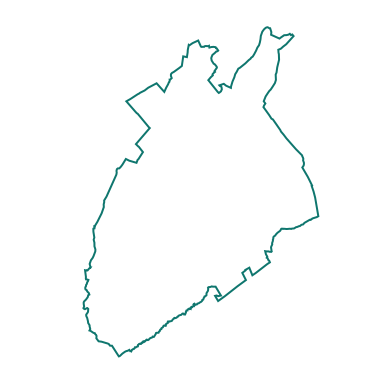 Durnesti, Botosani, Romania, rotated 80°
{"feature_id": "2599482B19127823613231", "entity_name": "Durnesti", "entity_type": "district", "adm_level": 2, "iso_a3": "ROU", "parent_name": "Romania", "parent_adm1": "Botosani", "projection": "robinson", "projection_center": [27.119, 47.758], "detail": "fine", "context": "isolated", "style": "outline", "palette": "teal", "viewbox_px": 384, "rotation_deg": 80, "n_neighbors": 0, "source": "geoboundaries", "source_scale": "gbopen_adm2", "svg_char_len": 5924}
<svg xmlns="http://www.w3.org/2000/svg" viewBox="0 0 384 384"><g transform="rotate(80 192 192)"><path d="M319.5,311.6L322.8,309.9L323.7,307.1L326.6,301.3L327.2,300.4L329.1,299.4L329.5,297.5L341.2,292.6L341.1,291.9L340.7,291.1L339.1,288.7L337.7,285.8L337.3,284.4L337.2,282.9L336.6,281.1L338.0,280.5L338.0,279.9L338.4,279.5L337.0,278.5L336.9,278.0L336.7,277.8L336.4,277.0L336.4,276.3L335.8,275.8L335.5,275.1L335.1,275.0L335.3,274.4L334.9,273.6L334.9,273.2L334.6,272.6L334.6,272.1L333.3,271.8L333.0,271.1L332.5,270.6L332.3,269.3L332.7,269.1L332.8,268.7L331.9,267.8L332.1,267.4L331.9,267.0L331.2,266.7L331.5,265.6L331.1,264.5L330.9,264.2L330.6,264.5L330.6,263.9L329.5,262.4L329.6,262.0L330.0,261.8L330.2,261.1L330.0,260.4L328.8,258.8L328.5,258.0L328.5,257.0L328.1,256.2L327.6,255.9L328.1,254.8L327.9,254.5L325.6,252.4L324.7,252.0L324.5,251.3L324.8,249.4L323.7,248.7L323.5,248.0L322.3,247.4L322.0,247.0L321.7,246.0L321.0,245.9L320.6,245.3L320.4,244.6L320.1,244.1L319.2,243.6L318.7,243.0L318.7,242.6L319.2,241.5L319.1,241.0L318.3,241.1L318.0,240.9L317.9,240.6L317.4,240.3L316.8,238.6L315.8,238.5L315.3,238.0L315.8,237.2L315.5,236.7L315.6,235.4L315.4,234.2L314.1,233.0L313.7,232.0L313.0,231.4L312.9,231.2L313.3,230.5L313.2,229.5L312.9,228.7L312.3,228.0L312.3,227.5L311.5,226.7L311.2,225.2L311.1,223.9L310.1,222.5L310.3,221.5L311.3,221.0L311.1,220.3L311.3,220.0L309.6,218.9L309.2,219.0L307.8,218.1L307.9,217.0L307.0,216.7L306.4,215.2L306.9,214.7L306.7,214.2L306.9,213.8L306.3,213.8L306.2,213.3L305.6,213.3L305.0,212.4L305.0,212.2L305.5,212.0L305.5,211.8L305.1,211.5L304.5,210.4L304.8,209.8L304.7,209.7L303.9,209.6L303.1,210.1L302.6,209.7L302.4,209.0L302.6,208.9L303.6,209.1L303.9,209.1L303.9,208.9L303.6,208.0L303.5,206.6L302.9,206.1L302.7,204.5L302.2,203.6L301.7,202.0L300.9,200.9L300.1,200.6L299.9,199.6L298.5,198.9L297.7,198.0L297.1,197.9L296.7,196.5L296.2,195.7L294.2,195.3L292.0,193.4L290.1,192.8L289.1,192.9L288.6,192.3L288.7,190.3L288.4,188.9L288.9,187.8L289.3,185.2L299.0,181.5L299.1,184.2L298.2,185.8L298.3,187.3L303.9,185.2L300.4,177.9L292.7,163.5L288.1,154.2L280.4,156.5L278.5,152.9L278.0,153.0L276.5,148.7L284.5,147.0L282.9,143.4L276.1,130.5L274.8,127.5L273.0,127.9L272.6,128.5L270.2,129.1L269.7,129.8L268.7,129.1L266.2,130.0L263.0,130.2L263.5,128.7L263.7,127.2L264.4,125.8L264.7,124.1L265.2,123.6L264.5,123.9L260.4,123.8L259.6,123.5L257.6,122.1L256.3,122.0L254.1,120.8L252.9,120.6L252.2,120.1L250.6,119.7L249.9,118.9L249.3,117.5L248.5,116.9L247.0,114.9L245.5,111.9L243.8,110.5L243.7,110.0L243.9,109.1L244.2,108.8L244.1,108.1L244.9,105.2L245.2,101.8L245.6,100.7L245.4,100.1L245.6,97.8L244.7,95.6L244.7,94.5L244.2,92.4L244.3,91.7L243.3,89.9L243.2,88.1L242.2,87.0L241.8,86.3L239.8,80.8L240.1,80.0L239.7,79.7L239.4,78.6L239.0,78.1L238.6,75.2L238.4,73.5L237.8,71.8L218.9,71.7L212.6,72.2L206.7,73.1L206.5,72.6L197.3,75.3L187.0,79.1L185.4,77.5L183.9,76.9L182.6,76.7L180.1,77.1L178.7,76.6L177.1,76.8L176.2,77.2L175.1,77.2L167.9,82.2L155.6,89.7L151.3,91.9L147.9,93.9L146.3,94.3L134.6,99.7L133.6,101.0L129.5,102.7L120.8,106.9L119.2,105.9L117.6,104.4L115.1,105.6L110.7,102.9L107.5,99.9L105.9,98.3L104.8,96.7L102.3,94.3L99.1,91.4L96.2,89.9L90.9,89.2L89.0,88.0L84.0,86.4L76.9,83.3L71.2,82.5L70.0,82.6L66.9,82.3L66.3,79.6L64.6,76.9L62.9,73.6L61.8,72.2L56.1,64.9L54.3,65.9L54.7,67.3L53.2,68.2L53.8,69.7L53.9,71.8L53.6,74.0L55.3,77.7L56.1,79.2L50.9,86.8L48.3,86.1L44.4,86.6L44.4,87.1L43.1,88.6L42.8,89.3L43.1,90.9L44.3,92.8L46.3,94.9L50.2,97.1L53.4,98.0L56.5,99.2L59.1,100.5L61.1,102.5L64.0,104.4L67.2,106.9L69.2,108.7L70.0,110.4L70.9,111.2L72.0,113.3L74.6,117.1L78.0,123.3L78.6,125.0L81.4,127.1L83.5,129.0L86.4,130.4L90.2,132.9L94.8,135.2L96.2,135.6L93.2,140.0L91.0,141.9L91.7,146.5L92.4,146.1L93.2,145.0L93.9,144.7L96.1,144.8L97.9,146.0L98.7,147.4L99.1,148.4L97.9,149.3L84.7,156.5L82.2,153.5L80.8,151.3L80.2,151.5L79.5,151.2L78.2,149.5L77.7,148.5L76.9,148.9L74.0,146.0L73.4,145.8L72.1,146.3L70.2,147.4L69.4,148.4L66.0,149.8L63.5,149.8L62.7,149.4L60.6,148.1L59.0,145.3L57.9,143.8L57.9,143.1L57.6,142.1L57.6,141.7L58.0,141.3L54.7,142.8L54.5,143.4L53.5,143.6L52.8,145.6L52.6,147.7L52.8,149.8L51.0,149.9L51.2,150.4L50.6,153.6L50.7,154.4L51.1,154.8L50.7,157.6L50.2,158.0L43.9,159.6L45.5,165.6L47.2,169.3L46.7,169.7L51.4,171.5L53.9,172.1L58.3,173.6L56.9,177.1L66.1,180.1L67.6,182.9L70.7,189.3L71.1,190.7L71.9,191.9L72.8,192.4L74.1,192.6L76.3,192.2L77.6,194.1L77.5,194.5L78.4,194.6L79.8,195.3L79.9,195.7L81.7,196.8L84.8,199.3L88.6,201.9L78.8,208.0L81.7,217.0L83.8,221.0L85.3,226.0L85.9,227.1L86.3,228.5L89.8,236.7L91.3,240.9L103.1,233.8L104.8,232.7L105.5,231.9L120.8,223.2L121.7,222.5L135.1,238.9L137.7,237.1L138.3,236.5L144.2,233.4L150.4,239.1L150.8,239.9L153.6,241.6L150.3,248.3L148.0,251.4L152.9,255.7L154.7,257.6L156.1,259.5L155.9,261.0L156.5,262.0L158.1,262.7L159.9,262.8L161.8,263.5L181.7,277.0L185.1,280.0L186.7,280.2L188.8,281.1L191.6,281.5L197.3,284.7L205.0,290.4L208.3,293.3L208.8,293.5L208.2,294.1L207.8,294.3L209.5,294.1L210.4,294.6L210.9,294.5L211.0,295.5L211.3,295.6L214.1,296.0L219.9,296.1L221.9,297.1L224.9,296.9L228.6,297.5L231.7,297.1L233.1,297.4L233.8,297.6L238.2,300.2L239.7,301.3L241.7,303.4L245.1,305.3L247.2,305.1L247.9,305.1L248.6,305.5L248.7,305.0L248.8,305.1L249.2,305.4L249.2,306.0L249.5,306.6L251.1,308.5L250.7,309.4L251.0,309.7L250.5,310.9L257.1,311.2L259.0,311.6L259.7,311.5L260.1,310.1L260.6,309.3L262.0,310.1L262.7,310.9L264.2,311.5L265.1,312.4L266.4,312.8L267.3,313.6L268.8,313.9L269.6,313.7L270.3,312.8L271.8,312.4L273.5,311.2L275.2,310.9L275.6,312.1L277.7,313.1L278.5,314.1L279.3,314.8L281.0,317.2L281.8,317.8L283.4,318.1L285.6,318.1L286.3,318.2L287.5,319.1L288.2,318.7L288.8,317.8L288.1,315.6L288.1,315.3L289.1,314.5L291.6,315.1L292.4,315.5L294.3,317.4L294.8,317.6L296.1,317.6L297.8,317.1L301.0,316.9L303.0,317.0L305.5,316.0L306.2,316.2L309.3,316.0L310.6,317.0L311.1,316.1L313.6,313.5L314.2,312.2L315.2,312.0L316.0,311.3L317.2,311.0L319.5,311.6Z" fill="none" stroke="#0f766e" stroke-width="2"/></g></svg>